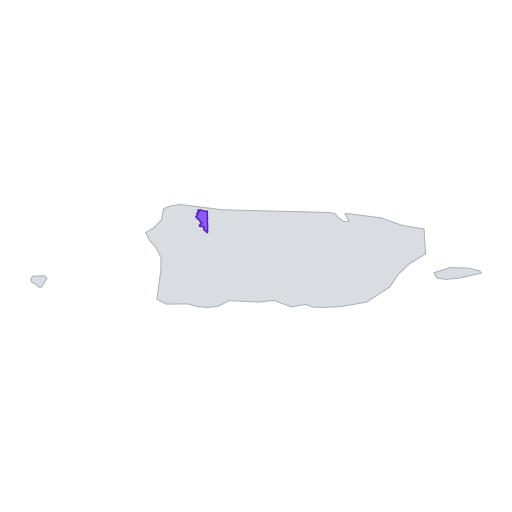 Quebradillas, Puerto Rico (highlighted)
{"feature_id": "32010507B1223039681342", "entity_name": "Quebradillas", "entity_type": "district", "adm_level": 2, "iso_a3": "PRI", "parent_name": "Puerto Rico", "parent_adm1": "", "projection": "albers", "projection_center": [-66.935, 18.429], "detail": "fine", "context": "in_parent", "style": "filled", "palette": "violet", "viewbox_px": 512, "rotation_deg": 0, "n_neighbors": 0, "source": "geoboundaries", "source_scale": "gbopen_adm2", "svg_char_len": 2217}
<svg xmlns="http://www.w3.org/2000/svg" viewBox="0 0 512 512"><path d="M338.7,218.0L344.0,221.6L349.1,221.0L345.0,213.7L348.8,213.7L381.4,218.0L402.4,225.5L424.0,228.9L425.6,253.9L409.0,264.0L398.2,274.5L389.4,287.3L366.2,302.3L338.1,306.9L319.4,307.4L312.4,307.0L305.6,304.4L291.5,306.9L274.0,300.4L259.1,302.1L229.4,300.6L218.2,306.2L207.6,307.5L197.1,306.5L188.2,303.9L166.2,304.1L156.9,299.2L160.8,270.8L161.1,257.9L155.8,247.3L149.8,240.6L145.6,232.7L154.2,227.5L161.3,220.0L163.6,208.6L171.3,205.8L180.4,204.5L222.4,209.8L328.6,212.5L334.7,213.4L338.7,218.0ZM459.0,278.2L445.7,279.4L436.9,278.0L434.0,272.7L450.2,267.6L469.1,268.1L479.9,271.0L481.3,273.0L459.0,278.2ZM41.7,287.0L40.1,287.2L38.5,287.0L37.8,286.5L36.7,284.8L31.8,282.1L30.7,279.6L31.8,277.1L33.8,276.0L43.7,275.8L44.7,276.0L46.7,277.9L46.7,279.1L45.7,280.4L44.0,283.5L43.3,284.3L42.7,285.1L42.4,286.5L41.7,287.0Z" fill="#d9dde1" stroke="#a8b0b8" stroke-width="1"/><path d="M207.8,232.5L207.7,232.4L207.5,229.6L207.4,229.0L207.7,226.9L207.5,225.5L207.5,225.2L207.4,223.1L207.4,220.1L207.5,218.2L207.4,217.3L207.4,215.8L207.3,214.2L207.3,213.5L207.3,211.3L206.8,211.4L206.7,211.4L205.0,211.2L203.5,210.9L202.5,210.6L200.5,210.0L199.5,209.9L198.7,210.3L198.4,210.4L197.8,210.3L197.8,210.8L198.1,211.2L198.4,211.5L199.0,211.4L198.6,212.1L198.6,212.6L198.1,212.6L197.5,213.2L197.3,213.4L196.9,213.2L196.8,213.3L197.1,213.6L197.4,213.8L197.2,214.4L197.5,214.6L196.8,215.6L196.8,215.9L196.7,215.9L196.7,216.5L196.2,216.4L195.9,216.7L196.2,217.4L196.7,217.4L196.9,217.8L197.1,218.0L197.4,218.0L197.5,218.2L197.5,218.7L197.7,219.1L198.0,219.2L198.3,219.5L198.7,219.7L199.1,219.6L199.5,219.6L199.9,220.8L200.0,220.9L200.3,221.8L200.2,222.1L200.5,222.5L200.8,222.7L200.9,222.9L201.6,223.1L201.9,223.0L201.6,223.6L201.3,223.8L200.9,224.4L200.7,224.6L200.1,224.6L199.8,224.9L199.7,225.1L199.4,225.4L199.4,225.9L199.5,226.1L200.3,226.5L200.7,226.5L201.6,226.3L202.2,226.6L203.0,226.7L203.2,226.8L203.4,226.7L203.7,226.7L203.9,227.0L203.8,227.6L203.6,228.5L203.7,229.2L203.9,229.3L204.1,230.1L204.7,230.5L205.2,230.8L205.5,230.7L206.1,231.2L206.6,232.3L206.9,232.5L207.3,232.6L207.5,232.4L207.8,232.5Z" fill="#8b5cf6" stroke="#5b21b6" stroke-width="1.5"/></svg>